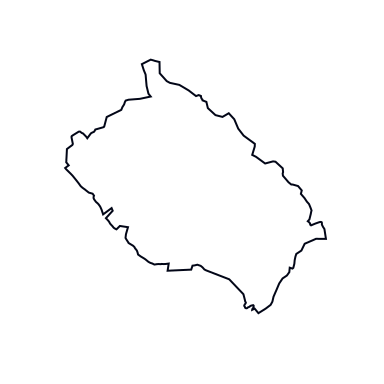 Biriniwa, Jigawa, Nigeria, rotated 246°
{"feature_id": "59680162B74336355497846", "entity_name": "Biriniwa", "entity_type": "district", "adm_level": 2, "iso_a3": "NGA", "parent_name": "Nigeria", "parent_adm1": "Jigawa", "projection": "natural_earth1", "projection_center": [10.065, 12.817], "detail": "fine", "context": "isolated", "style": "outline", "palette": "ink", "viewbox_px": 384, "rotation_deg": 246, "n_neighbors": 0, "source": "geoboundaries", "source_scale": "gbopen_adm2", "svg_char_len": 3498}
<svg xmlns="http://www.w3.org/2000/svg" viewBox="0 0 384 384"><g transform="rotate(246 192 192)"><path d="M54.3,203.4L55.5,211.9L56.9,217.9L59.1,220.8L63.2,223.9L68.6,229.8L73.0,234.5L76.2,239.6L77.1,244.7L79.2,248.3L83.1,250.5L81.2,252.6L81.5,253.7L84.8,256.3L88.0,258.1L90.9,260.2L93.0,262.1L94.0,268.1L98.9,273.9L98.8,283.5L98.8,286.3L97.2,289.7L94.7,295.3L104.3,297.9L105.7,297.7L106.8,297.5L109.4,297.4L110.9,298.1L111.8,298.1L112.5,297.0L112.7,295.5L113.0,291.8L113.1,287.2L114.1,286.7L115.1,287.1L116.7,286.7L117.6,286.2L118.2,285.9L118.4,286.4L119.2,288.1L123.4,291.4L125.4,292.8L126.5,293.7L129.6,293.9L133.4,294.0L136.5,293.0L140.7,292.3L146.0,290.7L148.8,292.9L154.3,291.3L157.8,287.1L158.5,285.7L161.7,284.1L169.9,281.7L172.1,282.4L173.1,283.3L176.7,284.5L185.7,280.6L187.0,278.5L188.3,270.4L198.1,264.8L201.4,262.1L208.0,267.8L210.4,269.0L222.5,262.1L231.1,260.0L241.3,260.2L249.0,257.6L248.2,250.4L252.7,244.7L262.2,240.6L268.5,241.8L271.4,238.9L271.8,239.1L272.3,239.1L272.7,238.9L273.2,238.8L273.7,238.7L275.1,238.9L276.0,239.2L276.3,238.7L276.5,238.6L276.8,238.6L277.4,237.9L277.8,237.6L278.0,234.8L278.0,234.7L282.2,232.4L286.1,230.3L295.0,224.0L300.7,216.2L303.6,214.0L313.6,210.8L324.0,215.2L324.8,214.1L326.8,211.5L328.0,210.2L329.7,208.1L329.2,198.2L322.8,197.5L318.5,197.4L317.9,197.3L311.9,195.2L307.2,193.6L299.5,192.2L296.0,193.1L298.3,182.3L302.1,171.6L302.5,168.6L301.5,167.3L299.6,165.6L297.9,163.0L295.8,160.8L295.2,144.6L287.6,138.5L287.4,138.2L287.4,137.9L287.3,137.7L287.2,137.6L287.3,136.8L288.4,129.1L287.4,127.9L286.8,126.7L286.9,125.3L286.7,123.5L283.7,118.2L285.4,117.9L288.4,116.8L289.9,116.2L290.8,115.3L292.7,114.3L293.2,113.1L292.3,106.5L292.0,105.0L291.8,104.6L290.7,104.1L284.4,102.7L283.6,101.8L283.0,99.0L282.1,95.2L280.3,94.3L273.8,91.0L272.9,90.5L272.2,90.2L271.4,89.8L270.9,89.5L270.6,89.4L270.3,89.2L266.5,90.2L266.1,88.4L265.5,85.9L263.9,86.3L258.1,88.6L255.6,89.5L253.4,90.1L248.0,91.5L246.0,92.0L242.6,92.7L240.4,93.7L239.9,94.0L239.7,94.1L237.5,95.4L237.2,95.5L233.4,97.5L230.9,100.5L228.5,101.0L227.7,100.2L226.7,99.7L226.4,99.6L226.2,99.6L225.9,99.6L225.1,99.6L222.2,100.2L220.8,100.8L220.6,100.9L220.5,101.0L218.9,101.6L216.5,102.1L215.4,102.2L215.1,102.2L212.6,102.2L207.7,101.7L210.0,112.0L207.1,111.9L203.1,102.7L200.3,103.7L199.6,103.9L198.3,104.2L196.5,104.3L194.9,104.8L194.1,105.1L192.9,105.5L191.6,105.8L190.9,106.1L190.4,106.4L190.3,106.5L189.8,106.8L188.7,107.7L188.6,107.8L190.3,112.3L185.9,119.2L180.3,114.5L177.1,112.6L175.7,112.7L171.8,113.3L171.2,113.3L169.2,114.7L166.9,116.3L165.2,117.0L163.5,117.1L163.4,117.2L161.0,117.8L159.1,117.7L156.8,117.3L153.9,119.0L151.2,120.9L150.3,121.5L149.3,122.1L147.9,122.8L145.9,123.8L144.1,125.2L143.6,125.8L142.7,126.7L142.7,126.8L142.4,127.0L141.5,127.7L141.0,128.2L141.0,128.3L140.8,128.9L140.4,130.4L140.4,130.6L140.3,130.8L140.2,131.0L139.7,132.4L138.9,133.8L138.8,134.4L138.7,134.5L138.7,134.8L138.6,135.0L137.7,136.8L137.0,138.5L136.1,141.6L130.0,137.7L121.4,159.7L124.5,162.5L123.9,164.5L123.4,167.3L121.0,169.9L118.8,171.0L116.2,171.8L114.7,173.0L97.1,190.5L77.7,197.4L72.4,196.5L70.4,196.1L69.1,196.2L68.5,195.7L68.2,195.2L67.8,194.4L67.1,193.6L66.6,193.4L65.8,193.6L64.9,193.5L64.3,193.6L63.9,194.0L63.6,194.5L63.5,195.1L63.8,196.0L63.8,197.0L63.8,197.9L64.2,199.1L64.0,200.5L64.0,200.8L63.7,201.9L63.1,202.1L62.1,201.6L61.8,201.3L61.5,201.2L61.2,200.7L60.9,200.3L60.7,199.8L60.4,199.4L59.9,199.1L60.0,201.8L54.3,203.4Z" fill="none" stroke="#020617" stroke-width="2"/></g></svg>